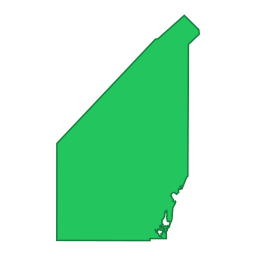 outline of 94, Al Wakrah, Qatar
{"feature_id": "91078587B61395128667616", "entity_name": "94", "entity_type": "district", "adm_level": 2, "iso_a3": "QAT", "parent_name": "Qatar", "parent_adm1": "Al Wakrah", "projection": "albers", "projection_center": [51.484, 24.925], "detail": "fine", "context": "isolated", "style": "filled", "palette": "green", "viewbox_px": 256, "rotation_deg": 0, "n_neighbors": 0, "source": "geoboundaries", "source_scale": "gbopen_adm2", "svg_char_len": 3444}
<svg xmlns="http://www.w3.org/2000/svg" viewBox="0 0 256 256"><path d="M184.3,15.4L158.1,38.7L155.7,39.2L155.4,39.2L94.1,104.1L56.9,143.4L56.8,240.4L150.0,240.6L150.0,238.6L166.4,238.6L166.2,231.4L166.5,231.3L166.7,231.2L166.7,230.4L166.4,231.1L166.1,231.2L165.9,231.3L165.8,232.1L165.7,232.5L165.8,233.2L165.4,233.0L165.3,232.6L164.8,231.9L164.1,231.8L163.5,231.4L163.0,231.4L162.8,231.5L162.9,232.1L162.2,232.8L162.2,233.0L162.3,233.4L162.4,233.9L161.0,233.9L161.1,235.4L161.2,235.8L161.3,236.9L161.0,236.8L160.2,236.2L159.9,236.2L159.7,236.3L159.4,235.6L159.1,235.2L158.8,235.4L158.7,234.3L158.4,233.7L158.0,233.6L157.5,233.1L156.4,232.6L156.3,232.2L155.7,231.7L155.4,230.6L155.3,229.6L156.0,229.8L156.1,230.2L156.3,230.4L156.6,232.2L156.7,232.3L157.3,232.4L157.2,232.2L157.3,230.6L157.7,230.6L157.7,230.2L158.0,230.2L157.9,229.8L158.2,229.8L158.0,229.5L158.6,229.5L158.7,229.1L158.8,229.0L159.1,228.9L159.1,229.3L159.7,229.3L159.7,229.7L160.1,229.7L160.6,230.1L161.5,230.0L161.5,230.4L162.6,230.3L163.0,230.7L163.4,230.7L163.6,230.4L163.7,230.0L164.0,230.2L164.1,230.6L164.5,230.6L164.4,230.2L164.5,228.9L164.8,228.9L164.8,228.6L165.0,228.7L167.1,228.8L167.0,229.7L166.7,230.0L167.2,230.1L167.3,229.3L168.1,228.0L168.4,227.7L168.5,227.3L168.9,227.3L169.0,226.2L168.7,225.6L168.0,225.6L168.0,226.4L167.6,226.3L167.4,226.1L167.2,226.1L166.9,226.3L166.9,226.9L166.1,226.4L165.4,226.3L165.4,226.0L163.4,226.3L163.4,227.3L163.0,227.3L163.2,228.0L162.1,228.0L162.0,227.1L161.7,226.3L160.8,226.5L160.6,227.6L160.1,227.4L160.0,226.7L159.7,225.8L160.8,225.7L161.5,225.2L161.5,224.9L161.9,224.9L163.0,224.9L162.9,224.3L162.4,223.7L162.0,223.2L162.0,222.4L162.1,219.9L162.5,219.8L162.9,218.9L163.0,218.6L163.4,218.6L163.5,218.0L164.1,217.5L164.4,216.2L164.8,215.8L164.8,214.9L164.6,214.5L164.7,212.8L165.1,213.0L165.3,211.4L165.6,211.3L165.7,211.2L166.0,210.4L166.6,210.4L166.8,211.2L167.0,211.4L166.8,212.7L166.8,213.2L167.0,214.1L167.2,214.7L167.2,215.3L166.8,216.2L166.6,216.4L166.8,218.4L167.0,218.6L167.2,220.8L167.8,221.5L168.7,221.5L169.1,221.1L169.3,221.1L169.6,221.7L170.0,222.4L170.3,222.9L169.9,223.5L169.9,224.0L169.6,224.5L169.3,226.2L169.5,226.2L169.5,225.6L169.7,225.4L169.9,224.5L170.3,223.4L170.5,222.9L170.7,222.4L171.0,221.8L171.2,221.4L171.5,220.7L171.8,219.8L172.7,209.0L173.1,207.2L173.4,206.6L173.8,205.8L174.9,204.0L175.7,201.8L175.6,201.6L175.0,203.3L174.7,202.7L174.3,201.9L173.7,201.5L173.7,200.9L173.5,201.5L173.1,201.4L172.7,201.2L173.1,200.9L173.4,200.7L173.6,200.8L173.8,200.6L173.8,200.4L173.5,200.0L173.1,199.3L172.1,197.9L171.7,197.3L171.4,196.0L170.7,195.7L170.9,195.1L171.3,194.2L171.9,193.4L173.1,192.6L173.8,192.4L174.3,192.5L175.1,193.2L175.7,193.5L175.9,193.8L176.2,194.1L176.4,194.3L176.6,194.3L176.8,194.1L177.1,193.6L177.3,193.5L177.9,193.0L178.1,192.7L178.3,192.8L178.6,192.4L178.6,192.2L178.6,191.1L178.3,189.8L178.8,188.7L179.1,188.5L179.4,188.7L179.8,189.4L181.0,189.0L181.0,188.4L180.8,187.6L180.5,187.6L180.3,187.3L180.2,186.4L180.3,186.2L181.2,185.9L181.4,185.8L181.6,185.7L182.1,185.6L182.5,185.7L183.0,185.7L182.9,185.9L182.7,186.3L182.4,186.8L182.4,187.1L181.9,188.6L181.7,189.2L182.0,188.8L183.3,185.4L183.6,185.1L183.9,183.7L184.2,183.2L184.4,182.5L184.9,181.6L184.9,181.3L185.2,180.6L185.5,179.7L186.0,178.6L186.2,178.4L186.6,177.7L186.9,177.0L187.2,176.8L187.4,176.5L187.8,176.1L188.2,96.5L188.4,44.4L199.2,34.2L198.8,29.7L184.3,15.4Z" fill="#22c55e" stroke="#15803d" stroke-width="1.5"/></svg>